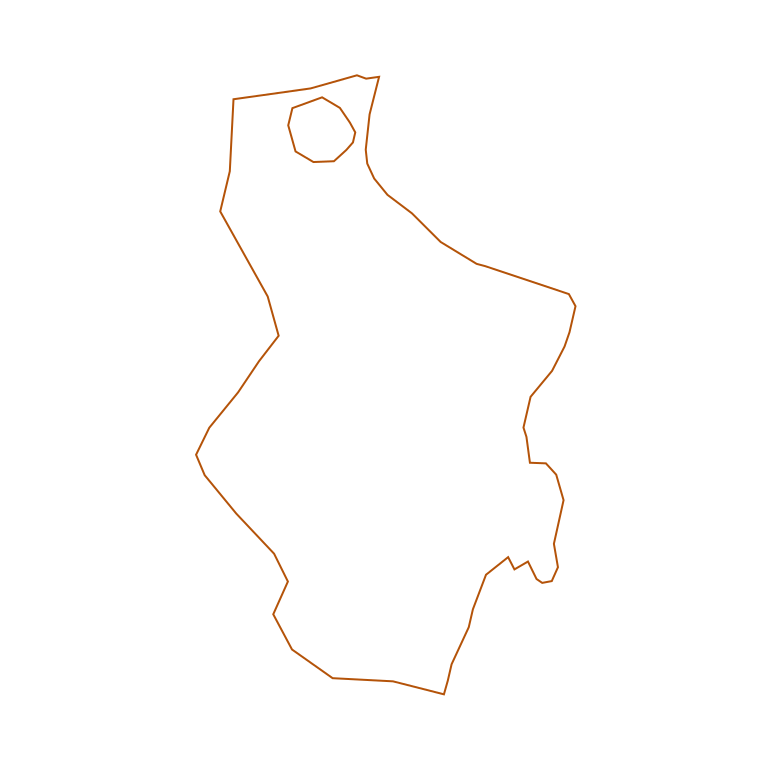 Sinpho City, Hamgyŏng-namdo, North Korea, rotated 283°
{"feature_id": "82179303B3587564724867", "entity_name": "Sinpho City", "entity_type": "district", "adm_level": 2, "iso_a3": "PRK", "parent_name": "North Korea", "parent_adm1": "Hamgyŏng-namdo", "projection": "equal_earth", "projection_center": [128.266, 40.067], "detail": "fine", "context": "isolated", "style": "outline", "palette": "amber", "viewbox_px": 768, "rotation_deg": 283, "n_neighbors": 0, "source": "geoboundaries", "source_scale": "gbopen_adm2", "svg_char_len": 1015}
<svg xmlns="http://www.w3.org/2000/svg" viewBox="0 0 768 768"><g transform="rotate(283 384 384)"><path d="M95.1,512.2L109.4,512.9L126.1,512.9L166.1,521.3L184.5,521.3L221.1,526.3L243.2,543.9L232.7,552.8L243.4,564.2L228.3,576.5L225.8,582.9L229.7,591.8L244.6,594.7L266.5,585.5L311.2,585.1L334.4,572.2L343.1,559.6L340.1,543.9L364.5,534.7L372.9,529.7L404.5,529.7L434.6,544.8L461.2,551.5L476.2,553.1L502.9,553.1L513.2,543.9L521.6,456.1L521.9,447.2L535.1,407.3L556.6,372.8L569.1,344.8L582.0,328.2L595.0,318.1L608.2,313.5L643.5,309.3L682.2,310.1L677.5,297.9L678.7,288.2L655.5,246.0L627.6,173.3L592.1,179.6L556.6,185.9L515.3,185.6L479.2,218.3L443.1,251.0L407.3,270.5L378.1,257.1L343.0,243.7L302.1,223.6L272.8,216.8L254.8,229.8L224.5,269.2L193.9,315.1L169.9,334.8L134.7,327.9L104.6,354.1L85.8,400.1L96.3,459.6L95.1,512.2ZM622.7,299.4L612.4,299.4L603.5,294.6L589.8,285.1L584.4,265.3L590.7,245.5L614.5,232.5L632.2,232.7L649.4,259.2L643.1,278.9L631.0,292.0L622.7,299.4Z" fill="none" stroke="#b45309" stroke-width="2"/></g></svg>